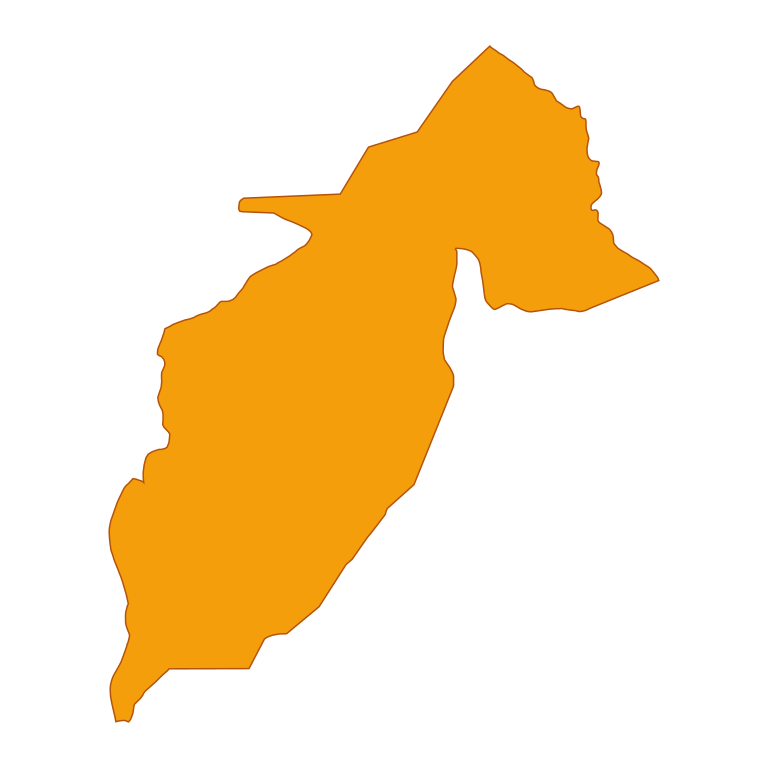 Vado Ancho, El Paraíso, Honduras
{"feature_id": "27666195B76595113857627", "entity_name": "Vado Ancho", "entity_type": "district", "adm_level": 2, "iso_a3": "HND", "parent_name": "Honduras", "parent_adm1": "El Paraíso", "projection": "natural_earth1", "projection_center": [-86.936, 13.636], "detail": "fine", "context": "isolated", "style": "filled", "palette": "amber", "viewbox_px": 768, "rotation_deg": 0, "n_neighbors": 0, "source": "geoboundaries", "source_scale": "gbopen_adm2", "svg_char_len": 6097}
<svg xmlns="http://www.w3.org/2000/svg" viewBox="0 0 768 768"><path d="M658.8,280.5L657.9,278.1L657.4,277.2L656.0,275.3L652.7,271.2L650.7,268.8L649.9,268.1L648.3,266.9L643.7,264.0L638.9,260.8L637.1,259.8L633.7,258.1L632.1,257.2L630.5,256.1L627.6,254.0L622.7,251.3L619.5,249.3L618.1,248.4L617.3,247.6L615.4,245.4L614.4,244.1L613.7,242.9L613.2,236.8L612.9,235.4L612.6,234.2L612.0,233.0L611.5,231.9L610.7,230.8L609.6,229.4L609.0,228.8L599.9,223.0L598.9,222.0L598.2,221.1L598.0,220.5L597.9,219.8L598.1,212.9L597.8,212.0L597.5,211.3L597.2,210.9L596.5,210.3L595.9,209.9L594.8,209.9L593.5,210.3L592.6,210.4L591.8,210.2L591.5,209.9L591.3,209.5L591.1,209.0L591.0,208.2L591.0,206.5L591.2,205.5L591.8,204.2L592.3,203.6L593.2,202.7L595.3,200.9L597.5,199.2L598.1,198.5L599.9,196.5L600.5,195.6L601.1,194.6L601.4,193.6L601.5,192.9L601.4,191.5L600.9,188.7L600.0,185.4L599.6,184.1L599.1,182.9L598.9,182.1L598.8,181.4L598.8,179.7L598.6,178.2L598.2,176.9L597.3,175.8L596.8,175.1L596.5,174.1L596.4,173.2L596.5,171.8L596.8,170.2L597.3,168.6L598.7,165.4L599.0,164.0L599.1,162.9L599.0,162.5L598.8,162.1L598.5,161.8L598.2,161.6L592.1,160.9L591.4,160.6L590.3,159.7L589.2,158.5L588.4,157.3L587.8,155.8L587.5,154.6L587.1,152.0L587.0,148.2L587.5,145.0L588.2,140.8L588.7,138.9L588.7,138.2L588.0,135.3L586.8,131.7L586.4,129.9L586.1,127.8L586.0,125.9L586.0,121.8L585.8,120.0L585.6,119.4L585.3,118.9L584.9,118.8L584.3,118.8L583.7,118.7L582.4,118.1L581.6,117.5L581.0,116.7L580.7,116.1L580.5,115.2L580.3,111.7L579.8,108.3L579.5,107.2L579.2,106.6L578.9,106.3L578.6,106.2L577.3,106.4L573.0,108.4L572.0,108.8L571.5,108.9L569.8,108.6L568.3,108.3L566.4,107.6L565.2,106.9L560.0,103.1L556.8,101.1L556.5,100.8L552.6,94.0L552.0,93.1L551.1,92.3L550.4,91.8L549.7,91.4L547.8,90.7L544.9,89.9L541.5,89.3L539.9,88.9L538.3,88.1L536.6,87.0L535.4,85.9L534.6,84.8L534.2,83.9L533.8,81.8L533.1,80.0L532.2,78.0L531.7,77.4L529.3,75.8L525.1,72.7L523.8,71.6L522.2,69.8L521.5,69.1L513.1,62.4L508.7,59.6L505.1,56.8L503.4,55.5L502.0,54.7L499.7,53.5L498.4,52.6L495.4,50.3L492.1,48.2L490.8,47.1L489.8,46.1L452.4,81.4L417.2,132.0L368.5,147.1L340.2,194.1L243.7,198.2L240.6,200.4L239.5,202.0L239.3,203.1L238.8,206.8L238.7,208.7L239.1,209.9L239.6,211.1L242.0,211.7L273.7,213.0L283.0,218.2L284.9,219.1L292.3,221.9L296.9,223.9L303.0,226.8L307.1,228.8L310.5,231.6L311.6,233.4L311.8,235.1L309.4,240.1L307.3,243.2L304.7,245.8L300.7,247.8L297.7,249.6L295.2,251.8L289.5,256.0L282.1,260.6L277.5,263.1L275.9,264.2L269.5,266.2L266.9,267.3L256.9,272.4L253.9,274.1L250.1,276.7L247.5,280.4L244.4,285.5L242.7,288.4L238.6,293.1L235.3,297.5L232.9,299.5L229.4,301.0L226.7,301.4L221.5,301.4L220.4,301.9L219.6,302.4L216.3,306.1L214.4,307.9L212.3,309.0L211.4,310.0L208.9,311.7L206.2,312.9L202.5,313.8L199.6,314.7L196.3,316.1L193.9,317.5L189.6,319.0L184.7,320.1L180.0,321.8L172.9,324.5L169.5,326.6L165.0,328.7L164.4,330.9L163.9,332.9L161.4,340.3L159.7,344.3L157.9,348.9L157.5,351.7L157.5,354.2L158.0,354.8L159.0,355.5L161.6,356.7L163.8,359.3L164.8,362.4L164.7,365.5L163.0,369.6L161.7,372.5L161.5,375.6L161.7,381.9L161.1,387.6L159.2,393.0L157.8,397.5L158.5,402.0L159.6,405.1L162.4,410.7L163.0,413.5L163.1,419.2L162.7,424.6L164.1,427.4L168.4,431.9L169.8,434.2L169.4,438.8L168.9,442.8L167.0,447.3L165.1,448.4L161.5,449.4L159.1,449.4L155.0,450.7L151.9,451.9L148.2,454.2L146.0,457.7L144.8,462.3L144.2,464.7L143.2,472.3L143.2,477.2L143.5,480.6L143.7,482.5L143.3,482.1L141.3,480.9L138.9,480.2L136.2,479.2L133.0,478.6L128.3,483.7L127.1,484.7L125.9,485.9L124.5,487.6L123.8,488.7L122.0,492.4L118.2,500.3L117.0,503.2L111.0,520.2L110.1,524.1L109.5,527.4L109.3,529.2L109.2,531.8L109.4,536.9L110.0,543.0L110.6,547.6L111.0,550.2L112.5,554.5L113.9,559.1L114.6,561.1L117.4,568.0L120.1,575.0L121.5,578.6L122.8,582.6L126.4,595.0L128.2,603.3L128.2,603.6L128.2,604.1L127.3,606.0L126.7,608.5L126.0,611.2L125.6,613.5L125.5,615.8L125.6,622.7L126.0,624.9L126.8,627.6L127.6,629.9L128.9,632.9L129.4,634.5L129.5,636.5L128.0,642.5L127.8,643.0L127.4,643.5L127.2,643.9L126.7,646.4L125.2,650.7L121.4,661.1L120.1,663.8L118.5,666.8L115.9,671.4L114.1,674.5L113.2,676.3L112.3,678.5L111.5,680.9L111.0,682.9L110.6,684.6L110.3,687.3L110.2,689.5L110.4,693.8L110.7,697.4L112.1,704.6L115.0,717.1L115.9,721.7L119.7,720.8L123.6,720.4L124.8,720.5L125.9,720.8L127.0,721.3L128.4,721.9L128.8,721.6L130.0,720.2L130.7,719.1L131.8,716.4L132.4,714.6L132.9,713.1L134.0,705.9L134.4,704.4L134.6,704.1L140.5,698.3L142.7,695.2L144.2,692.4L145.2,691.2L146.1,690.3L150.8,686.2L156.2,681.3L162.3,675.2L166.7,671.4L167.4,670.8L169.1,668.8L249.0,668.6L264.4,639.1L265.6,638.2L267.3,637.1L272.4,635.2L279.6,633.9L285.6,633.8L286.7,633.6L319.1,606.7L346.0,564.6L352.1,559.3L367.7,537.0L371.7,532.2L385.1,514.7L385.7,512.9L386.0,511.4L386.6,510.0L387.4,508.4L414.0,484.6L452.9,387.7L453.3,386.4L453.6,385.3L453.6,382.6L453.6,377.5L453.5,375.7L453.2,374.5L452.3,372.2L450.4,368.6L449.4,366.9L446.9,363.3L444.6,359.8L444.2,358.1L443.5,354.7L443.2,352.2L443.1,350.6L443.4,341.3L443.6,339.1L444.0,337.0L444.6,335.0L449.6,320.0L451.9,314.0L454.4,307.7L455.2,304.7L455.8,301.5L456.0,299.3L455.8,298.1L454.4,293.2L452.8,288.1L452.6,287.3L452.5,286.3L452.7,284.2L453.0,282.3L454.3,276.0L456.2,268.1L456.5,266.5L456.8,264.4L456.9,262.6L456.8,256.7L456.9,251.9L456.8,251.3L456.5,250.6L456.3,250.2L455.5,249.4L455.5,248.8L455.8,248.4L456.1,248.3L456.7,248.3L462.5,248.7L466.3,249.5L467.9,250.0L470.1,250.8L471.5,251.5L472.6,252.4L475.4,255.5L477.9,258.6L478.6,259.9L479.4,262.0L480.0,264.1L480.4,266.1L480.7,267.8L481.0,271.4L481.3,273.6L482.5,279.8L482.9,282.6L483.9,290.7L484.5,295.3L484.8,297.2L485.3,299.3L485.8,300.5L486.5,301.7L489.0,304.7L492.4,308.2L493.3,308.9L494.2,309.3L494.6,309.3L495.4,309.2L497.3,308.5L503.6,305.2L506.4,303.9L507.0,303.7L508.2,303.7L510.9,304.0L511.8,304.2L512.9,304.5L516.1,306.2L520.0,308.5L521.5,309.3L526.1,311.1L527.4,311.4L529.2,311.7L530.8,311.8L532.2,311.7L549.6,309.2L556.0,308.7L559.7,308.7L561.1,308.5L561.8,308.5L563.1,308.9L564.7,309.2L569.1,309.9L575.7,310.7L578.7,311.5L580.3,311.5L582.5,311.2L584.3,310.8L586.4,310.1L588.5,309.1L590.0,308.3L658.8,280.5Z" fill="#f59e0b" stroke="#b45309" stroke-width="1.5"/></svg>